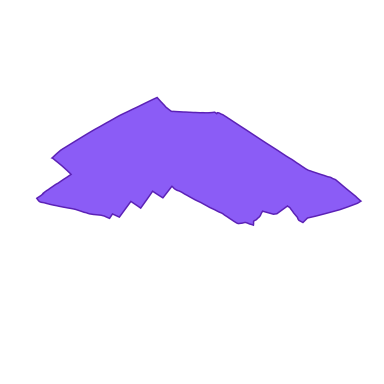 Valea Lupului, Iasi, Romania, rotated 139°
{"feature_id": "2599482B28860015951004", "entity_name": "Valea Lupului", "entity_type": "district", "adm_level": 2, "iso_a3": "ROU", "parent_name": "Romania", "parent_adm1": "Iasi", "projection": "robinson", "projection_center": [27.498, 47.198], "detail": "fine", "context": "isolated", "style": "filled", "palette": "violet", "viewbox_px": 384, "rotation_deg": 139, "n_neighbors": 0, "source": "geoboundaries", "source_scale": "gbopen_adm2", "svg_char_len": 4004}
<svg xmlns="http://www.w3.org/2000/svg" viewBox="0 0 384 384"><g transform="rotate(139 192 192)"><path d="M70.5,74.3L70.6,74.7L71.2,79.6L71.3,81.3L73.5,93.8L74.7,101.6L75.5,106.7L75.6,107.2L76.1,108.2L77.0,109.8L77.4,111.2L77.7,111.9L78.1,112.6L78.6,113.3L79.5,114.4L81.4,117.8L83.1,120.5L84.3,122.5L86.0,125.4L87.9,128.6L88.7,130.1L89.6,131.5L90.0,132.2L91.0,135.0L91.8,138.0L92.1,138.9L92.3,139.8L93.1,142.9L93.9,145.5L94.6,148.5L95.3,151.1L96.3,154.0L97.4,157.5L98.0,159.7L99.3,164.4L100.0,167.0L102.3,174.8L103.8,179.8L106.3,188.6L109.1,198.7L110.6,204.1L112.0,208.9L113.0,212.4L114.8,218.8L115.7,222.1L116.2,223.7L116.6,225.3L117.5,228.3L117.6,228.6L117.9,229.8L118.1,230.3L118.8,231.5L119.2,232.6L119.7,233.8L120.1,234.4L120.4,234.7L120.8,235.2L121.1,235.2L121.4,235.1L121.5,235.0L121.9,234.9L122.1,235.6L122.3,236.3L122.5,237.3L122.9,237.6L124.7,238.8L126.3,240.0L127.9,241.2L130.3,243.3L131.4,244.4L134.1,246.7L137.5,250.0L138.0,250.4L138.8,251.1L140.9,253.2L142.2,254.4L143.9,256.1L146.4,258.4L148.0,260.0L150.8,262.7L152.9,264.8L153.2,265.1L153.7,265.5L154.0,265.7L154.2,265.9L154.4,266.2L154.7,266.6L155.0,267.9L155.3,269.3L155.4,269.8L155.5,270.4L155.7,271.7L156.0,272.6L156.0,276.8L156.1,277.4L156.1,278.6L156.2,279.9L156.3,284.5L156.3,285.8L156.3,286.2L160.7,287.5L168.4,289.6L177.9,292.1L183.1,293.6L186.6,294.5L193.0,296.3L195.2,296.9L196.8,297.3L198.2,297.6L201.0,298.2L203.2,298.6L205.5,299.1L208.1,299.6L210.7,300.2L218.3,301.7L222.8,302.7L224.2,303.0L225.2,303.2L226.3,303.4L227.3,303.6L229.0,303.9L232.8,304.6L238.1,305.5L242.3,306.2L246.4,306.9L250.7,307.6L255.0,308.3L259.2,309.0L261.5,309.4L262.6,309.5L263.6,309.7L265.0,309.7L266.6,309.7L269.0,309.7L272.2,309.6L273.3,309.5L274.2,309.5L275.3,309.5L275.1,309.2L275.0,308.8L274.9,308.2L274.7,307.3L274.5,305.8L274.0,303.2L273.8,302.2L273.7,301.4L273.2,298.4L273.0,297.2L272.6,294.1L272.3,291.3L272.1,289.9L272.1,289.4L271.9,287.3L271.8,286.5L271.7,285.0L271.7,284.6L273.2,284.8L274.8,285.0L275.9,285.1L278.7,285.5L280.6,285.8L282.4,286.0L284.0,286.2L285.1,286.3L287.8,286.6L288.2,286.8L290.2,287.2L293.2,287.5L296.6,287.9L299.1,288.1L300.7,288.4L301.9,288.5L304.8,288.7L305.3,288.7L305.3,288.3L305.7,288.4L308.1,288.4L313.2,289.1L313.3,289.1L313.5,286.7L313.5,285.4L313.2,284.3L312.5,283.1L310.8,281.1L310.1,280.1L309.6,279.3L309.1,278.5L308.0,277.0L307.8,276.6L306.5,274.8L304.7,272.4L303.1,270.4L302.6,269.7L301.2,267.8L300.3,266.7L299.1,265.1L297.3,262.9L296.3,261.6L295.2,260.3L293.2,257.8L292.2,256.5L291.2,255.1L288.1,249.9L287.0,247.9L286.4,247.0L285.5,245.9L284.9,244.8L284.6,244.2L283.5,242.5L282.6,241.5L281.3,239.9L279.0,237.5L275.9,234.2L275.0,232.9L273.9,231.3L273.4,230.1L272.5,228.2L271.5,226.2L266.7,227.5L266.4,227.6L263.3,220.7L262.0,221.0L244.3,225.0L242.1,216.8L241.3,213.5L238.3,214.2L230.8,216.0L221.2,218.4L220.8,216.9L220.4,215.4L219.0,210.6L218.4,208.6L217.8,206.7L217.6,206.7L203.5,209.5L203.4,209.5L203.3,208.8L203.2,207.8L203.2,206.6L203.1,206.0L202.9,205.2L202.3,203.4L201.9,202.6L201.0,201.2L199.9,198.6L198.9,195.3L197.8,192.5L197.2,190.7L194.8,184.1L193.9,182.0L192.2,178.2L191.2,175.4L189.5,170.8L188.8,168.8L187.6,166.1L186.5,163.7L186.1,162.6L185.4,160.8L184.7,159.1L183.5,156.8L183.0,155.4L182.6,153.3L182.1,151.6L181.7,150.3L181.4,149.2L181.2,148.3L180.1,144.3L179.5,142.1L178.5,139.0L178.1,138.3L177.7,137.7L175.6,136.3L174.6,135.6L172.8,134.7L172.1,134.3L171.6,133.9L171.3,133.4L170.6,132.3L169.5,130.0L169.2,129.6L169.0,129.3L168.2,128.1L167.4,126.7L166.5,127.5L166.0,128.1L165.2,129.0L164.8,129.4L164.5,129.5L163.6,129.4L162.8,129.2L162.1,129.0L161.6,128.9L161.1,128.9L159.9,129.1L158.2,129.0L156.6,129.2L155.4,129.6L153.6,130.5L151.3,131.2L145.1,121.8L142.2,119.9L129.1,118.8L129.1,118.1L128.7,117.3L128.5,116.2L128.4,115.5L128.6,114.3L128.7,112.6L128.8,111.0L129.0,109.9L129.1,103.6L129.5,102.7L129.8,101.7L129.9,100.4L128.3,96.2L121.9,96.6L114.6,92.7L105.1,88.0L102.2,86.6L98.5,84.8L92.1,81.7L83.8,78.4L74.4,74.9L70.5,74.3Z" fill="#8b5cf6" stroke="#5b21b6" stroke-width="1.5"/></g></svg>